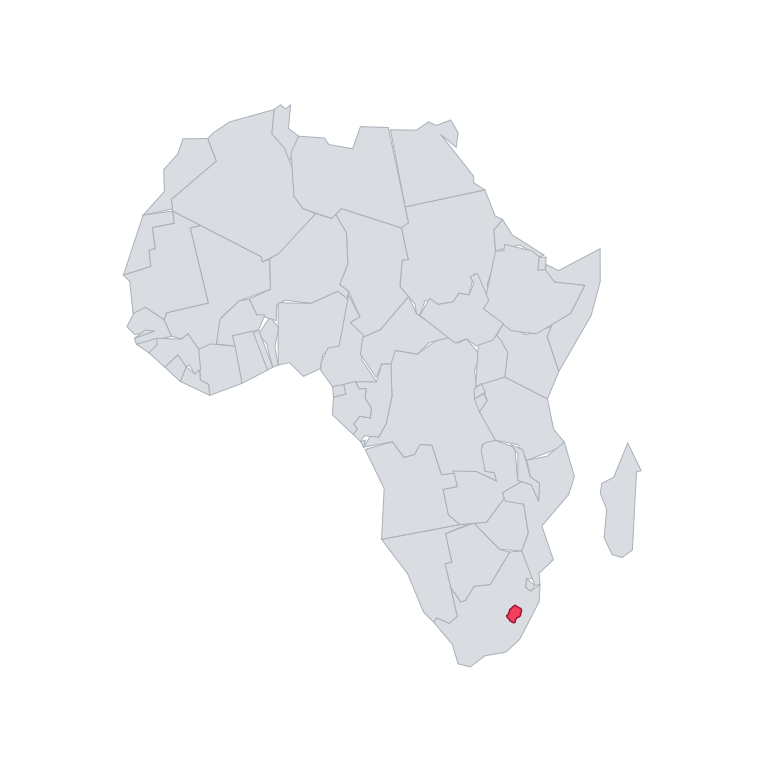 where Lesotho sits in Africa, rotated 348°
{"feature_id": "LSO", "entity_name": "Lesotho", "entity_type": "country or territory", "adm_level": 0, "iso_a3": "LSO", "parent_name": "Africa", "parent_adm1": "", "projection": "natural_earth1", "projection_center": [28.2, -29.612], "detail": "fine", "context": "in_parent", "style": "filled", "palette": "rose", "viewbox_px": 768, "rotation_deg": 348, "n_neighbors": 49, "source": "natural_earth", "source_scale": "50m", "svg_char_len": 11221}
<svg xmlns="http://www.w3.org/2000/svg" viewBox="0 0 768 768"><g transform="rotate(348 384 384)"><path d="M503.6,402.2L540.8,432.5L540.5,463.5L548.3,478.4L542.7,483.1L507.9,488.2L502.3,471.1L481.3,462.3L473.4,447.5L471.5,431.0L481.4,421.8L479.1,403.7L503.6,402.2Z" fill="#d9dde1" stroke="#a8b0b8" stroke-width="1"/><path d="M213.3,170.9L212.3,183.3L190.0,182.9L188.5,203.9L182.0,204.6L180.4,220.6L151.8,223.3L183.5,168.7L213.3,170.9Z" fill="#d9dde1" stroke="#a8b0b8" stroke-width="1"/><path d="M471.5,431.0L481.3,462.3L467.2,463.8L464.7,490.4L473.4,493.6L473.9,502.4L456.2,488.9L421.2,484.7L418.1,453.8L406.6,450.9L399.1,459.4L388.3,460.1L380.1,442.3L351.0,441.5L360.9,431.0L367.8,434.9L377.8,423.2L389.2,397.9L395.6,360.3L402.1,353.5L422.8,361.7L445.6,351.7L457.7,351.9L465.1,359.6L474.1,357.0L484.4,376.5L475.3,389.6L471.5,431.0Z" fill="#d9dde1" stroke="#a8b0b8" stroke-width="1"/><path d="M557.6,408.1L553.3,371.8L561.3,360.0L581.2,353.7L600.8,329.3L571.9,319.7L563.9,308.4L567.9,301.1L578.3,309.4L623.5,296.6L616.8,328.7L600.8,360.1L557.6,408.1Z" fill="#d9dde1" stroke="#a8b0b8" stroke-width="1"/><path d="M540.8,432.5L503.6,402.2L511.5,378.9L504.3,359.9L513.3,349.6L533.2,365.2L559.4,362.6L553.3,371.8L557.6,408.1L540.8,432.5Z" fill="#d9dde1" stroke="#a8b0b8" stroke-width="1"/><path d="M438.0,327.5L432.7,323.9L430.3,321.6L431.0,312.3L419.8,292.0L427.5,266.7L433.5,267.3L433.5,231.5L441.4,231.4L441.5,215.1L523.0,215.1L527.7,242.8L534.2,247.8L523.5,256.3L519.7,284.0L505.9,307.9L503.9,323.8L495.2,294.7L485.6,314.6L476.1,310.7L468.8,318.0L453.3,317.4L441.6,310.8L433.3,324.3L438.0,327.5Z" fill="#d9dde1" stroke="#a8b0b8" stroke-width="1"/><path d="M433.4,234.9L433.5,267.3L427.5,266.7L419.8,292.0L426.2,303.7L391.7,330.2L372.9,334.0L363.7,316.7L374.4,313.2L368.6,285.9L361.4,277.5L373.6,259.0L378.7,228.3L371.9,208.0L378.9,203.6L433.4,234.9Z" fill="#d9dde1" stroke="#a8b0b8" stroke-width="1"/><path d="M383.3,627.6L386.5,623.6L397.8,631.5L407.3,626.7L406.8,596.4L413.8,613.3L418.7,612.5L430.1,600.5L446.2,602.3L471.9,574.5L484.0,575.8L489.0,593.2L488.3,605.2L482.9,604.3L480.4,612.6L484.4,617.1L494.9,612.6L490.5,629.1L463.6,662.0L447.4,671.6L426.1,670.9L409.6,678.6L398.3,673.2L396.7,652.9L383.3,627.6ZM468.7,630.7L462.6,629.9L455.4,638.3L462.9,643.8L468.7,630.7Z" fill="#d9dde1" stroke="#a8b0b8" stroke-width="1"/><path d="M484.0,575.8L462.3,569.6L443.1,538.9L455.5,540.6L477.9,520.7L495.7,530.6L494.2,559.9L484.0,575.8Z" fill="#d9dde1" stroke="#a8b0b8" stroke-width="1"/><path d="M471.9,574.5L446.2,602.3L430.1,600.5L418.7,612.5L413.8,613.3L406.8,596.4L406.4,572.5L413.2,572.3L413.0,543.1L443.1,538.9L462.3,569.6L471.9,574.5Z" fill="#d9dde1" stroke="#a8b0b8" stroke-width="1"/><path d="M406.4,572.5L407.3,626.7L397.8,631.5L386.5,623.6L383.3,627.6L375.3,615.5L367.7,574.7L349.3,535.4L441.8,537.6L413.0,543.1L413.2,572.3L406.4,572.5Z" fill="#d9dde1" stroke="#a8b0b8" stroke-width="1"/><path d="M150.4,283.8L144.5,274.5L155.7,260.4L166.5,259.2L182.4,275.4L186.2,293.1L150.1,293.6L149.3,287.4L170.3,284.5L150.4,283.8Z" fill="#d9dde1" stroke="#a8b0b8" stroke-width="1"/><path d="M186.2,293.1L182.4,275.4L186.2,269.1L228.9,268.2L226.9,190.9L237.4,190.8L290.5,234.0L290.4,239.2L298.1,238.4L292.7,267.7L259.8,272.5L238.9,284.8L228.4,310.0L209.9,311.4L202.8,294.2L195.4,298.0L186.2,293.1Z" fill="#d9dde1" stroke="#a8b0b8" stroke-width="1"/><path d="M151.8,223.3L180.4,220.6L182.0,204.6L188.5,203.9L190.0,182.9L212.3,183.3L213.3,170.9L237.4,190.8L226.9,190.9L228.9,268.2L186.2,269.1L182.4,275.4L166.5,259.2L153.2,263.0L156.6,230.7L151.8,223.3Z" fill="#d9dde1" stroke="#a8b0b8" stroke-width="1"/><path d="M284.4,343.5L278.6,344.5L277.6,320.1L271.6,309.2L286.4,294.8L292.8,307.1L284.9,325.2L284.4,343.5Z" fill="#d9dde1" stroke="#a8b0b8" stroke-width="1"/><path d="M371.9,208.0L378.7,228.3L373.6,259.0L361.4,277.5L368.6,285.9L365.6,292.8L358.1,283.7L329.6,290.0L304.9,281.5L295.5,284.3L291.7,299.5L273.8,289.8L269.8,272.9L292.7,267.7L298.1,238.4L352.5,203.1L367.0,211.1L371.9,208.0Z" fill="#d9dde1" stroke="#a8b0b8" stroke-width="1"/><path d="M284.4,343.5L297.4,282.5L329.6,290.0L358.1,283.7L368.3,296.1L348.0,337.6L330.4,342.0L325.1,355.6L306.8,359.8L295.9,343.4L284.4,343.5Z" fill="#d9dde1" stroke="#a8b0b8" stroke-width="1"/><path d="M367.9,289.7L374.4,313.2L363.7,316.7L374.0,331.8L367.1,355.9L377.3,380.4L333.1,375.9L325.0,357.9L326.9,349.9L336.6,337.2L348.0,337.6L367.9,289.7Z" fill="#d9dde1" stroke="#a8b0b8" stroke-width="1"/><path d="M272.6,304.9L278.6,344.5L272.9,346.2L265.9,307.3L272.6,304.9Z" fill="#d9dde1" stroke="#a8b0b8" stroke-width="1"/><path d="M266.5,304.8L272.9,346.2L245.3,353.8L245.7,305.2L266.5,304.8Z" fill="#d9dde1" stroke="#a8b0b8" stroke-width="1"/><path d="M209.9,311.4L222.8,308.8L246.2,316.0L245.3,353.8L211.2,358.9L212.3,348.0L205.2,341.8L209.9,311.4Z" fill="#d9dde1" stroke="#a8b0b8" stroke-width="1"/><path d="M171.0,292.0L195.4,298.0L202.8,294.2L209.9,311.4L207.6,331.9L201.1,334.9L197.5,324.9L192.2,326.5L188.3,312.7L173.1,322.0L160.5,304.6L171.0,292.0Z" fill="#d9dde1" stroke="#a8b0b8" stroke-width="1"/><path d="M150.1,293.6L171.0,292.0L170.4,298.3L160.5,304.6L150.1,293.6Z" fill="#d9dde1" stroke="#a8b0b8" stroke-width="1"/><path d="M206.5,331.9L205.2,341.8L212.3,348.0L211.2,358.9L185.3,339.2L194.1,326.0L201.1,334.9L206.5,331.9Z" fill="#d9dde1" stroke="#a8b0b8" stroke-width="1"/><path d="M173.1,322.0L188.3,312.7L194.1,326.0L185.3,339.2L173.1,322.0Z" fill="#d9dde1" stroke="#a8b0b8" stroke-width="1"/><path d="M228.4,310.0L236.9,286.7L259.8,272.5L269.8,272.9L273.8,289.8L281.8,291.7L272.6,304.9L245.7,305.2L246.2,316.0L228.4,310.0Z" fill="#d9dde1" stroke="#a8b0b8" stroke-width="1"/><path d="M457.7,351.9L436.9,352.9L422.8,361.7L402.1,353.5L395.0,365.9L385.7,364.1L377.8,376.0L367.0,350.1L372.9,334.0L391.7,330.2L426.2,303.7L430.3,321.6L457.7,351.9Z" fill="#d9dde1" stroke="#a8b0b8" stroke-width="1"/><path d="M395.0,365.9L389.2,397.9L377.8,423.2L367.8,434.9L354.0,430.5L349.1,435.4L343.3,426.8L348.6,422.3L345.9,416.9L353.6,410.3L363.6,414.5L366.6,405.3L362.5,394.1L365.6,384.7L358.6,383.7L357.2,376.0L377.3,380.4L385.7,364.1L395.0,365.9Z" fill="#d9dde1" stroke="#a8b0b8" stroke-width="1"/><path d="M344.5,376.0L356.3,375.5L358.6,383.7L365.6,384.7L362.5,394.1L366.6,405.3L363.6,414.5L353.6,410.3L345.9,416.9L348.6,422.3L343.3,426.8L327.1,403.5L331.9,386.2L344.5,385.8L344.5,376.0Z" fill="#d9dde1" stroke="#a8b0b8" stroke-width="1"/><path d="M333.1,375.9L344.5,376.0L344.5,385.8L331.9,386.2L333.1,375.9Z" fill="#d9dde1" stroke="#a8b0b8" stroke-width="1"/><path d="M481.3,462.3L498.7,473.2L494.8,506.1L498.4,508.2L477.3,514.9L477.9,520.7L455.5,540.6L428.9,537.2L419.6,525.4L419.8,499.4L434.3,499.5L433.5,483.4L456.2,488.9L473.9,502.4L473.4,493.6L464.7,490.4L465.2,469.0L469.1,462.8L481.3,462.3Z" fill="#d9dde1" stroke="#a8b0b8" stroke-width="1"/><path d="M495.4,469.6L506.0,477.1L507.8,505.0L515.6,513.4L510.9,531.3L507.1,513.4L494.8,506.1L500.5,480.1L495.4,469.6Z" fill="#d9dde1" stroke="#a8b0b8" stroke-width="1"/><path d="M507.9,488.2L528.3,488.6L548.3,478.4L551.0,514.1L541.6,530.6L508.9,555.6L513.1,591.1L496.3,601.3L494.9,612.6L489.8,612.5L484.0,575.8L494.2,559.9L495.7,530.6L478.3,523.8L477.3,514.9L498.4,508.2L507.1,513.4L510.9,531.3L515.6,513.4L507.8,505.0L507.9,488.2Z" fill="#d9dde1" stroke="#a8b0b8" stroke-width="1"/><path d="M489.8,612.5L484.4,617.1L480.4,612.6L482.9,604.3L489.8,612.5Z" fill="#d9dde1" stroke="#a8b0b8" stroke-width="1"/><path d="M349.1,435.4L354.1,435.0L351.0,441.5L349.1,435.4ZM352.0,444.1L380.1,442.3L388.3,460.1L399.1,459.4L406.6,450.9L418.1,453.8L421.2,484.7L434.2,485.9L434.3,499.5L419.8,499.4L419.6,525.4L428.9,537.2L349.3,535.4L362.4,486.4L352.0,444.1Z" fill="#d9dde1" stroke="#a8b0b8" stroke-width="1"/><path d="M479.4,414.1L481.4,421.8L471.5,431.0L469.3,417.5L479.4,414.1Z" fill="#d9dde1" stroke="#a8b0b8" stroke-width="1"/><path d="M610.1,492.4L617.6,522.3L612.7,522.4L592.5,597.9L580.8,603.3L571.6,598.2L567.4,580.1L575.8,552.8L572.8,536.3L576.3,526.5L589.4,522.9L610.1,492.4Z" fill="#d9dde1" stroke="#a8b0b8" stroke-width="1"/><path d="M149.3,287.4L161.8,281.5L170.3,284.5L149.3,287.4Z" fill="#d9dde1" stroke="#a8b0b8" stroke-width="1"/><path d="M337.6,147.1L326.2,116.0L333.5,92.7L340.9,89.4L345.0,94.5L350.7,91.5L343.7,114.1L352.1,123.9L337.6,147.1Z" fill="#d9dde1" stroke="#a8b0b8" stroke-width="1"/><path d="M213.3,170.9L214.4,159.1L266.3,131.0L262.6,107.3L269.3,102.8L287.6,95.5L333.5,92.7L326.2,116.0L335.5,132.4L339.4,154.3L335.0,181.6L341.2,195.6L352.5,203.1L307.9,234.7L290.4,239.2L290.5,234.0L213.3,170.9Z" fill="#d9dde1" stroke="#a8b0b8" stroke-width="1"/><path d="M520.8,277.0L523.5,256.3L534.2,247.8L540.4,264.8L567.3,291.1L562.3,292.3L545.8,276.2L520.8,277.0Z" fill="#d9dde1" stroke="#a8b0b8" stroke-width="1"/><path d="M183.5,168.7L209.2,150.1L213.1,128.6L230.3,115.9L238.2,102.4L262.6,107.3L266.3,131.0L214.4,159.1L213.6,168.7L183.5,168.7Z" fill="#d9dde1" stroke="#a8b0b8" stroke-width="1"/><path d="M523.0,215.1L441.5,215.1L443.2,136.7L468.3,142.4L482.1,136.8L488.7,141.9L504.2,139.6L508.8,153.7L503.8,167.4L491.2,151.5L514.8,199.3L513.7,206.1L523.0,215.1Z" fill="#d9dde1" stroke="#a8b0b8" stroke-width="1"/><path d="M441.5,134.0L441.4,231.4L433.4,234.9L378.9,203.6L367.0,211.1L341.2,195.6L335.0,181.6L341.2,138.3L352.1,123.9L376.9,131.0L379.8,138.3L402.2,147.4L414.5,127.4L441.5,134.0Z" fill="#d9dde1" stroke="#a8b0b8" stroke-width="1"/><path d="M600.8,329.3L581.2,353.7L543.3,366.6L519.4,358.3L496.8,331.1L520.8,277.0L528.9,278.7L531.0,272.6L556.9,284.9L562.3,292.3L558.3,304.5L565.4,305.5L571.9,319.7L600.8,329.3Z" fill="#d9dde1" stroke="#a8b0b8" stroke-width="1"/><path d="M562.3,292.3L569.0,293.6L565.4,305.5L558.3,304.5L562.3,292.3Z" fill="#d9dde1" stroke="#a8b0b8" stroke-width="1"/><path d="M503.6,402.2L473.2,405.3L484.9,363.7L504.3,359.9L507.6,365.5L511.5,378.9L503.6,402.2Z" fill="#d9dde1" stroke="#a8b0b8" stroke-width="1"/><path d="M479.1,403.7L481.5,413.0L469.3,417.5L471.2,407.6L479.1,403.7Z" fill="#d9dde1" stroke="#a8b0b8" stroke-width="1"/><path d="M482.0,365.9L474.1,357.0L461.9,358.6L433.3,324.3L446.6,309.7L453.3,317.4L468.8,318.0L476.1,310.7L485.6,314.6L492.8,304.2L490.5,297.0L498.4,295.3L503.9,323.8L496.8,331.1L513.3,349.6L500.0,363.6L482.0,365.9Z" fill="#d9dde1" stroke="#a8b0b8" stroke-width="1"/><path d="M467.1,640.1L466.5,640.3L466.4,640.3L466.0,640.3L465.5,640.4L465.1,640.5L464.8,640.5L464.3,641.1L463.3,642.7L463.1,643.0L463.0,643.6L462.8,644.1L462.5,644.5L462.3,644.6L461.5,644.4L460.5,644.2L459.9,643.7L459.4,643.1L459.1,642.7L458.8,642.4L458.7,642.3L458.3,642.1L458.2,642.0L458.0,641.9L457.9,641.6L457.8,641.3L457.8,640.6L457.5,640.2L457.0,639.4L456.7,638.8L456.3,638.0L456.0,637.3L455.7,636.5L455.8,636.2L456.0,636.0L456.8,635.6L457.4,635.4L457.8,634.8L458.3,634.1L458.5,633.6L458.7,633.4L458.9,633.0L459.4,632.3L459.8,631.5L460.3,630.6L461.0,630.4L461.9,630.1L462.7,629.3L463.7,628.7L465.3,628.0L466.1,627.8L466.4,627.7L466.5,627.8L466.7,628.2L467.0,628.5L467.6,629.1L467.9,629.3L468.6,630.1L469.3,630.7L470.1,631.4L470.6,631.7L470.9,631.8L471.1,632.4L471.4,632.9L471.5,633.3L471.5,633.7L471.2,634.7L470.9,635.7L470.6,636.2L470.2,636.4L469.8,636.8L469.7,637.7L469.5,638.6L469.1,639.0L468.7,639.3L468.2,639.6L467.1,640.1Z" fill="#f43f5e" stroke="#9f1239" stroke-width="1.5"/></g></svg>